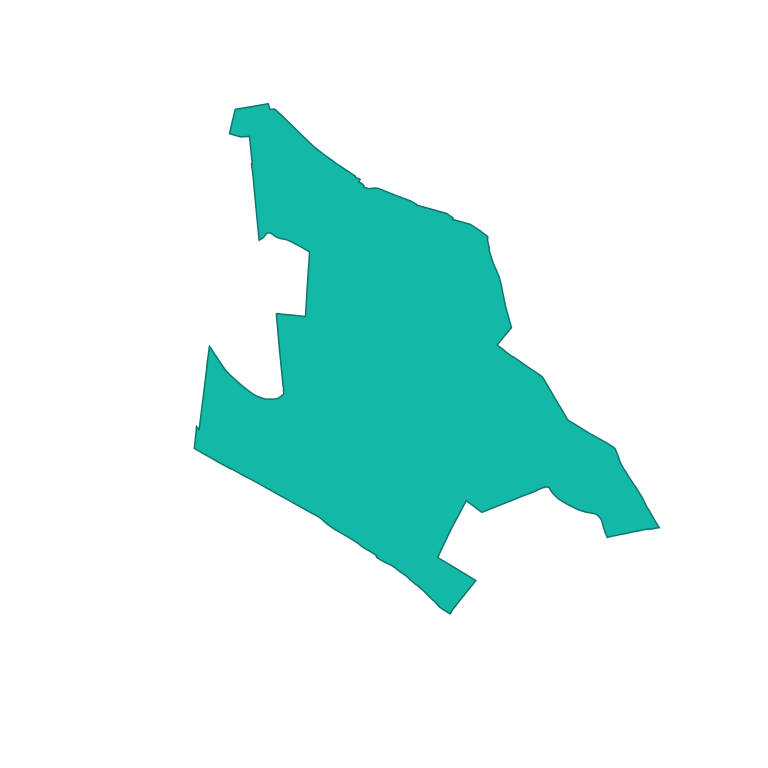 Montfoort, Utrecht, Netherlands (Natural Earth projection), rotated 44°
{"feature_id": "6326949B42908335421355", "entity_name": "Montfoort", "entity_type": "district", "adm_level": 2, "iso_a3": "NLD", "parent_name": "Netherlands", "parent_adm1": "Utrecht", "projection": "natural_earth1", "projection_center": [4.943, 52.045], "detail": "fine", "context": "isolated", "style": "filled", "palette": "teal", "viewbox_px": 768, "rotation_deg": 44, "n_neighbors": 0, "source": "geoboundaries", "source_scale": "gbopen_adm2", "svg_char_len": 6049}
<svg xmlns="http://www.w3.org/2000/svg" viewBox="0 0 768 768"><g transform="rotate(44 384 384)"><path d="M591.1,502.4L590.3,499.5L590.2,499.1L589.7,493.8L589.3,491.1L589.3,490.8L589.1,489.1L589.1,488.8L589.0,488.4L589.0,488.0L589.0,487.6L588.9,487.3L588.8,485.4L588.7,485.1L588.4,482.5L588.5,482.2L588.3,481.1L588.4,480.7L588.1,477.4L587.8,475.3L587.5,471.1L587.5,470.9L587.3,469.0L587.3,468.7L587.1,466.3L586.6,461.6L562.5,467.0L543.2,471.5L542.5,469.5L541.0,465.3L540.7,464.3L539.8,461.8L536.5,451.6L535.2,448.0L532.3,439.2L530.5,432.5L530.4,432.5L530.4,432.4L530.4,432.1L528.6,425.7L525.5,415.3L524.2,410.7L525.2,410.6L527.2,410.5L530.2,410.0L539.3,408.9L542.4,408.6L543.4,408.1L543.7,408.1L544.3,406.9L548.2,398.0L553.7,385.8L555.1,382.7L555.6,381.7L556.4,380.0L556.5,380.0L556.6,379.5L556.8,379.1L560.9,369.7L563.1,365.0L564.6,362.1L565.4,360.3L567.7,355.1L567.9,354.5L567.9,354.1L567.9,353.8L568.0,353.6L567.8,353.6L568.0,353.2L568.4,352.6L568.6,352.0L569.3,350.8L570.9,347.1L571.2,347.1L571.4,346.6L571.3,346.4L571.9,345.7L574.4,343.7L576.8,344.5L578.4,344.9L580.1,345.2L581.7,345.4L584.6,345.5L588.7,345.4L589.7,345.4L592.2,344.9L595.6,344.2L599.7,343.1L607.9,340.6L610.0,339.9L611.3,339.4L615.5,337.4L617.9,336.1L618.9,335.5L621.7,333.5L622.8,332.8L624.3,331.7L625.5,331.0L626.2,330.7L627.2,330.4L627.8,330.2L629.8,330.0L631.0,330.1L633.4,330.4L634.3,330.6L635.2,331.0L636.4,331.6L640.1,333.8L645.0,336.5L651.1,339.3L653.0,336.3L657.8,329.3L658.3,328.4L658.7,327.5L659.1,327.5L664.1,320.2L664.2,319.8L664.8,319.0L666.3,316.8L667.6,315.1L670.4,311.0L670.3,310.9L673.7,306.2L675.2,304.4L675.3,304.4L675.2,304.3L675.4,304.1L675.5,304.2L677.2,302.5L678.1,301.6L678.1,301.0L680.5,297.8L681.8,296.1L680.6,295.8L678.9,295.5L676.5,294.8L675.2,294.5L671.0,293.3L666.1,291.8L661.5,290.5L659.5,290.2L657.8,289.6L654.2,288.4L649.0,286.4L641.1,284.4L636.3,283.2L632.6,282.6L627.4,281.4L622.7,280.3L619.3,279.2L616.6,278.8L614.6,278.2L610.4,277.0L609.4,276.6L607.3,275.8L603.2,273.6L601.6,272.9L601.0,272.5L597.1,270.9L595.8,270.3L595.3,270.1L594.6,270.0L593.7,270.0L591.9,270.3L585.9,271.5L584.1,271.9L580.2,273.0L579.0,273.2L575.1,274.4L572.1,275.1L565.9,276.8L555.7,279.0L551.7,279.9L548.8,280.5L542.4,282.0L541.0,282.2L540.5,282.1L535.9,280.7L528.5,278.6L516.9,275.5L512.0,274.1L507.0,272.7L500.6,270.9L498.7,270.4L494.4,269.2L492.9,268.9L488.3,269.5L475.7,271.8L462.5,273.9L457.8,274.8L456.7,275.2L455.6,275.5L451.7,276.0L450.5,276.1L446.4,276.4L441.0,277.0L438.3,277.2L438.2,276.3L437.9,272.1L437.4,266.8L437.2,262.9L436.5,254.9L421.0,245.8L418.1,244.0L412.2,240.1L411.1,239.3L404.8,235.0L402.3,233.2L399.7,231.4L392.6,227.1L391.1,226.4L386.3,224.3L379.1,221.4L374.3,218.9L369.1,216.1L366.8,214.7L366.2,214.3L365.8,213.3L359.1,209.0L357.5,207.4L356.3,205.9L345.4,207.2L340.6,208.1L335.2,209.2L319.3,217.8L318.4,216.6L310.6,217.8L283.3,232.6L283.1,232.1L276.3,233.7L272.1,235.5L261.0,240.4L246.8,246.1L244.2,247.2L241.9,248.8L240.6,250.1L237.5,254.0L232.8,256.4L231.9,255.2L228.3,255.2L225.8,256.3L225.2,254.8L224.6,253.3L220.8,254.9L219.1,254.9L219.0,254.4L197.4,258.4L187.6,259.7L185.0,260.2L177.3,261.1L168.8,262.0L161.2,262.1L126.6,261.9L114.5,262.1L111.2,265.7L106.0,262.8L96.4,276.0L95.1,277.7L94.1,279.0L93.8,279.5L93.3,280.2L92.0,281.9L90.9,283.5L89.8,284.9L86.2,289.8L89.9,296.0L92.7,300.9L95.1,304.8L99.0,311.3L109.3,305.8L115.2,299.4L125.8,308.2L126.6,308.9L130.1,311.9L132.4,313.9L134.9,316.0L136.4,317.5L135.9,317.7L138.3,320.0L139.1,320.3L139.8,320.8L145.9,325.9L161.7,339.5L183.8,358.4L187.4,361.4L190.8,364.5L194.3,367.3L195.2,364.2L195.4,362.5L195.5,361.9L195.4,361.1L195.1,358.5L195.1,357.7L195.2,356.9L195.4,356.3L195.6,355.9L196.2,355.3L196.7,354.8L198.0,354.2L199.0,353.9L199.6,353.8L202.5,353.5L203.1,353.4L204.2,353.1L206.0,352.4L207.0,352.0L208.9,351.0L210.0,350.3L212.7,348.5L214.1,347.7L215.7,347.1L218.0,346.3L231.5,342.4L236.5,341.2L238.4,340.6L240.2,342.5L245.3,348.4L248.0,351.7L250.2,354.3L256.3,361.5L262.0,368.3L265.8,372.7L271.1,378.9L279.5,388.6L280.6,390.0L273.1,395.9L269.5,398.6L267.3,400.5L261.9,404.8L258.4,407.3L258.2,407.5L258.0,407.9L257.9,408.4L273.0,421.5L280.4,428.0L285.8,432.7L286.7,433.4L287.1,433.9L287.4,434.1L288.3,434.7L303.3,447.5L310.4,453.5L311.0,454.1L312.5,455.3L313.3,455.9L313.6,455.6L315.6,457.9L316.4,458.7L318.6,460.3L318.7,462.1L318.5,463.6L318.2,465.7L318.0,466.9L317.7,468.0L316.9,469.2L316.4,470.0L314.5,472.1L310.3,476.2L309.3,477.0L308.1,477.9L303.9,479.7L302.0,480.7L301.2,481.0L298.7,481.7L297.2,482.1L292.3,482.9L287.4,483.4L281.8,483.9L275.7,484.1L269.6,484.4L268.3,484.5L261.9,484.2L260.5,484.1L253.0,482.7L251.1,482.3L244.9,480.8L241.7,480.3L235.2,478.6L233.3,478.3L232.3,478.2L237.9,485.8L241.8,491.2L242.6,492.0L243.4,493.4L245.5,495.8L246.2,496.7L254.7,508.0L254.8,508.6L255.3,508.8L256.1,509.8L261.2,516.6L283.1,545.8L282.6,545.5L281.3,545.3L279.9,545.0L278.7,544.8L290.9,560.2L292.2,562.1L294.1,561.7L295.6,561.3L297.9,560.7L301.4,559.9L306.1,558.6L306.7,558.5L308.3,558.0L310.5,557.5L312.1,557.0L319.2,555.3L327.0,553.1L327.6,553.0L330.3,552.2L332.8,551.6L332.6,551.2L336.8,550.0L341.0,548.9L349.1,546.8L352.5,545.6L354.6,545.0L355.1,544.9L358.5,543.9L363.1,542.6L366.0,541.9L367.0,541.6L370.0,540.8L371.4,540.5L375.5,539.4L387.8,536.2L390.4,535.4L393.5,534.6L397.6,533.5L400.7,532.8L403.4,532.0L419.7,527.7L423.6,526.6L426.6,525.7L430.9,524.7L435.5,524.4L436.0,524.5L439.9,524.2L440.3,524.3L441.8,524.1L442.5,523.9L447.2,523.3L448.9,523.0L459.7,520.2L463.7,519.3L474.6,516.9L475.9,516.6L477.0,516.5L480.1,516.4L481.0,516.3L485.1,515.4L494.3,513.2L495.6,513.1L496.8,512.9L497.2,512.8L498.2,512.6L498.5,513.5L499.0,513.3L499.3,513.9L501.6,513.3L502.8,513.2L506.0,512.4L507.9,511.8L515.0,509.4L519.8,508.5L520.8,508.4L524.6,508.1L533.5,506.7L534.1,506.6L538.9,506.7L541.7,506.3L545.4,506.3L546.7,506.0L549.4,505.6L549.9,505.5L550.7,505.7L553.5,505.5L554.1,505.4L555.6,505.3L562.8,505.5L569.7,505.5L572.1,505.3L576.0,505.7L578.0,505.9L579.1,505.9L586.9,504.4L588.3,504.2L591.1,503.5L590.7,502.5L591.1,502.4Z" fill="#14b8a6" stroke="#0f766e" stroke-width="1.5"/></g></svg>